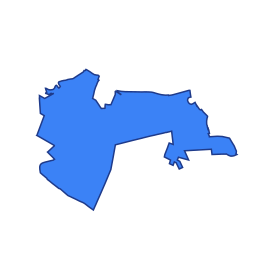 Chitila, Ilfov, Romania (Robinson projection), rotated 253°
{"feature_id": "2599482B54423717923033", "entity_name": "Chitila", "entity_type": "district", "adm_level": 2, "iso_a3": "ROU", "parent_name": "Romania", "parent_adm1": "Ilfov", "projection": "robinson", "projection_center": [25.98, 44.492], "detail": "fine", "context": "isolated", "style": "filled", "palette": "blue", "viewbox_px": 256, "rotation_deg": 253, "n_neighbors": 0, "source": "geoboundaries", "source_scale": "gbopen_adm2", "svg_char_len": 5081}
<svg xmlns="http://www.w3.org/2000/svg" viewBox="0 0 256 256"><g transform="rotate(253 128 128)"><path d="M59.7,70.9L62.5,73.3L64.3,74.9L66.9,77.1L72.2,81.7L81.9,90.0L90.1,96.8L93.2,99.4L104.3,105.2L115.6,111.0L115.2,119.4L114.8,128.2L114.4,135.4L114.2,138.5L114.2,139.4L114.0,143.1L113.8,146.9L113.4,151.6L113.3,153.8L112.8,159.9L112.7,162.9L112.5,163.3L112.2,168.8L99.1,166.4L101.6,163.0L99.5,161.4L97.2,159.7L91.9,155.5L89.7,154.3L84.9,159.3L81.8,157.2L79.1,160.2L82.0,162.4L80.7,163.9L73.8,165.0L74.3,168.7L80.9,167.8L83.0,165.8L85.3,167.7L79.7,176.6L89.7,175.4L83.3,201.5L78.1,200.6L77.5,202.8L75.7,209.7L74.9,212.4L74.5,213.5L74.5,214.3L72.4,216.3L71.7,217.2L71.2,217.8L70.9,218.6L70.6,219.9L70.5,221.0L70.5,221.9L70.7,223.1L70.8,224.4L71.8,223.7L72.3,224.1L74.2,224.9L76.6,224.6L79.0,224.4L80.3,224.2L82.9,223.5L86.5,222.6L88.3,222.2L88.7,222.0L92.3,215.7L93.9,211.3L94.0,211.0L95.8,203.3L96.1,203.4L96.6,203.4L96.9,203.3L99.1,203.1L99.0,203.7L99.0,204.3L100.3,204.4L102.0,204.6L102.6,204.6L102.6,204.2L103.5,204.1L103.6,204.5L104.5,204.6L104.5,204.2L105.3,204.2L106.2,204.3L106.5,204.4L107.3,204.4L107.7,204.4L108.3,204.3L109.9,204.7L110.6,204.9L111.3,205.1L112.1,205.4L113.1,205.9L113.6,206.2L114.2,206.4L114.8,206.9L115.3,207.2L115.6,207.4L116.0,207.5L116.6,207.2L117.4,206.8L121.0,204.9L121.3,204.7L122.9,204.2L123.5,203.9L123.8,203.9L124.1,203.8L124.3,203.6L124.0,203.1L124.3,202.4L125.3,201.7L129.4,200.4L129.2,200.2L132.9,199.6L132.8,199.3L132.8,199.1L132.5,198.1L132.2,196.9L132.2,195.9L132.1,195.6L132.1,195.4L132.4,195.1L133.0,194.2L134.0,193.5L135.4,193.1L136.9,193.0L138.2,193.6L138.9,194.3L139.1,194.4L139.3,195.2L139.3,196.4L139.2,197.2L140.9,197.4L142.9,197.7L144.8,198.0L145.1,198.1L145.9,198.2L146.0,198.0L146.2,197.1L146.4,189.6L146.5,185.8L146.7,179.8L147.2,176.4L147.7,176.4L148.4,173.6L149.2,171.7L150.0,169.9L150.6,168.8L150.7,168.6L151.4,167.4L152.6,165.5L154.6,162.5L155.4,161.0L156.1,159.2L156.4,158.4L157.1,156.3L157.7,154.4L158.4,151.8L159.6,148.2L161.6,142.0L163.5,136.1L164.9,132.5L166.1,130.1L166.9,128.5L166.2,128.4L166.1,128.7L165.9,128.8L165.7,128.9L165.3,128.8L165.2,128.9L164.6,129.3L163.8,129.9L162.4,131.0L162.2,130.8L165.8,127.8L167.3,126.4L167.1,126.5L166.8,126.5L165.9,126.3L164.0,125.7L163.2,125.2L162.4,124.5L158.0,120.8L155.3,118.5L155.4,118.3L155.4,118.2L155.4,117.9L155.5,117.6L155.7,117.2L155.7,116.7L155.9,116.2L156.2,115.5L156.5,115.0L156.7,114.5L157.2,113.6L157.3,113.2L157.1,113.1L156.7,112.9L156.4,112.8L156.0,112.6L155.7,112.5L155.3,112.3L155.0,112.3L153.6,111.7L153.6,111.4L153.7,111.2L153.8,110.9L154.0,110.2L154.2,109.2L154.3,108.9L154.4,108.4L154.5,108.3L154.5,108.2L154.8,108.1L155.6,107.8L156.4,107.5L156.5,107.5L156.7,107.4L156.8,107.4L157.1,107.3L158.7,106.9L159.6,106.6L160.3,106.4L160.7,106.3L160.9,106.2L162.0,105.9L162.8,105.6L163.7,105.4L163.8,105.3L164.1,105.2L164.4,104.9L164.7,104.6L166.6,102.8L167.2,103.2L167.5,103.4L167.7,103.5L167.8,103.5L170.4,105.1L173.7,106.9L173.8,107.0L174.8,107.7L176.5,108.9L176.6,109.0L177.0,109.3L177.3,109.6L177.8,110.0L178.1,110.3L178.8,110.9L179.1,111.0L179.6,111.4L179.9,111.7L180.4,112.1L181.0,112.6L181.2,112.9L181.3,112.9L181.8,113.5L182.0,113.9L182.2,114.2L183.2,113.5L186.0,115.6L186.9,115.0L187.3,114.8L187.5,114.2L187.6,113.8L187.7,113.5L187.9,113.3L188.0,113.0L188.2,112.8L188.3,112.5L188.6,112.0L188.7,111.7L189.0,111.3L190.9,109.6L193.0,108.0L195.9,105.4L196.3,104.9L196.0,104.6L195.9,104.5L195.5,104.1L195.8,102.7L195.3,102.4L194.9,102.0L194.6,101.4L193.7,98.3L193.1,96.1L192.6,94.4L191.9,92.0L191.7,91.2L191.4,90.6L191.3,89.7L191.3,89.3L191.5,88.1L191.7,87.1L191.8,85.8L192.0,84.8L191.9,83.9L191.9,83.1L191.9,82.6L191.9,82.2L192.0,81.8L192.1,81.3L192.1,81.2L192.2,80.7L192.2,80.3L192.3,80.0L192.3,79.6L192.3,79.2L192.4,78.6L192.4,78.0L192.4,77.5L192.3,77.1L192.3,76.9L192.4,76.1L192.4,75.7L192.2,75.2L191.8,74.8L191.5,74.7L191.0,74.6L190.5,74.6L190.3,74.6L189.9,74.7L189.3,74.9L188.6,75.1L187.9,75.3L187.6,75.4L187.3,75.1L186.8,74.4L186.4,73.6L186.6,73.4L186.9,73.2L187.6,73.0L187.6,72.9L188.6,72.6L189.4,72.3L189.7,72.0L189.8,71.9L189.7,71.4L189.4,70.9L189.1,70.5L188.8,70.3L188.3,69.9L188.1,69.9L187.5,69.1L187.1,68.5L186.9,68.1L186.8,67.9L186.8,67.5L186.8,66.9L186.9,66.2L187.2,64.7L187.7,63.7L188.0,63.2L188.5,62.6L189.6,61.6L189.7,61.4L189.9,61.2L190.0,61.0L190.1,60.7L185.9,60.7L185.5,59.5L185.3,59.4L185.2,59.4L185.0,59.5L184.8,59.8L184.2,60.8L183.3,61.7L183.2,63.4L183.2,63.5L183.7,64.3L183.7,64.6L182.9,65.6L182.8,67.2L180.6,57.0L184.9,52.8L182.1,52.1L182.2,51.9L167.6,48.5L164.3,51.5L147.7,38.8L147.6,38.6L145.0,41.1L139.1,46.6L138.6,47.1L132.9,52.4L132.7,52.4L132.4,52.2L130.7,48.6L129.6,46.4L128.6,44.3L128.5,44.0L124.3,46.2L122.5,47.2L119.6,48.6L119.1,47.0L119.2,46.3L119.4,42.7L119.6,39.0L119.6,36.8L119.5,35.8L119.2,34.6L118.6,33.6L117.5,32.7L116.5,32.2L114.2,31.6L110.8,31.1L108.0,32.8L103.6,35.7L102.5,35.8L100.9,36.9L100.9,37.0L96.9,39.6L96.5,39.9L90.4,44.2L89.6,45.4L83.2,49.4L81.0,50.8L75.0,57.4L72.8,59.7L71.3,61.4L69.8,63.2L68.4,64.5L66.0,66.2L64.8,67.0L61.9,69.2L59.7,70.9Z" fill="#3b82f6" stroke="#1e3a8a" stroke-width="1.5"/></g></svg>